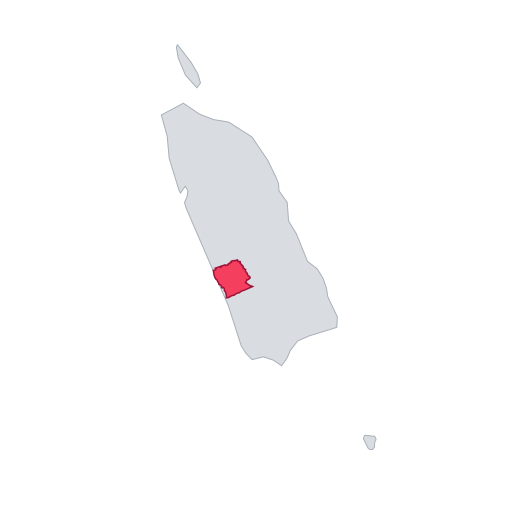 Arecibo, Puerto Rico (highlighted), rotated 245°
{"feature_id": "32010507B88013752264410", "entity_name": "Arecibo", "entity_type": "district", "adm_level": 2, "iso_a3": "PRI", "parent_name": "Puerto Rico", "parent_adm1": "", "projection": "mercator", "projection_center": [-66.671, 18.404], "detail": "fine", "context": "in_parent", "style": "filled", "palette": "rose", "viewbox_px": 512, "rotation_deg": 245, "n_neighbors": 0, "source": "geoboundaries", "source_scale": "gbopen_adm2", "svg_char_len": 3720}
<svg xmlns="http://www.w3.org/2000/svg" viewBox="0 0 512 512"><g transform="rotate(245 256 256)"><path d="M338.7,218.4L344.0,221.9L349.1,221.4L345.0,214.1L348.7,214.1L381.3,218.6L402.3,226.2L423.8,229.8L425.2,254.7L408.6,264.6L397.7,275.0L388.9,287.8L365.7,302.6L337.7,307.1L319.1,307.4L312.1,307.0L305.3,304.4L291.3,306.9L273.9,300.3L259.0,302.0L229.4,300.4L218.3,306.1L207.7,307.3L197.3,306.3L188.5,303.8L166.5,304.0L157.2,299.1L161.1,270.7L161.4,257.9L156.0,247.3L150.1,240.7L145.8,232.8L154.4,227.6L161.5,220.0L163.7,208.7L171.5,205.9L180.6,204.6L222.5,209.9L328.7,212.9L334.7,213.8L338.7,218.4ZM458.4,279.1L445.0,280.2L436.3,278.8L433.4,273.5L449.6,268.5L468.5,269.2L479.2,272.2L480.6,274.2L458.4,279.1ZM42.4,287.3L40.8,287.5L39.2,287.3L38.5,286.8L37.4,285.2L32.6,282.5L31.4,280.0L32.5,277.4L34.5,276.4L44.3,276.1L45.3,276.4L47.3,278.2L47.4,279.4L46.4,280.7L44.7,283.8L43.9,284.6L43.4,285.4L43.1,286.8L42.4,287.3Z" fill="#d9dde1" stroke="#a8b0b8" stroke-width="1"/><path d="M260.3,237.5L260.3,237.2L260.1,237.1L260.4,236.9L260.5,236.4L260.4,236.2L260.6,236.0L260.5,235.6L260.6,235.2L260.9,234.8L260.7,234.3L261.2,233.8L261.4,233.4L261.6,233.0L261.6,232.8L261.7,231.7L261.7,231.1L261.2,231.1L260.7,231.1L260.6,230.8L260.6,230.4L260.7,229.9L260.8,229.3L260.6,228.9L260.7,228.4L260.4,228.3L260.2,227.9L260.4,227.6L260.3,227.0L260.0,226.8L259.8,226.6L260.2,224.6L260.3,224.5L260.8,224.6L261.0,224.0L261.1,223.7L261.2,222.9L261.5,220.7L261.6,219.7L261.4,219.5L261.0,219.7L260.8,219.7L260.8,219.1L261.2,219.0L261.6,219.0L262.0,215.8L262.0,215.1L262.1,214.3L261.8,214.6L261.3,214.4L261.0,214.1L260.6,213.3L260.9,211.4L261.0,211.2L260.3,211.1L258.9,210.6L257.9,210.3L256.9,210.1L256.6,210.0L255.4,209.8L255.2,209.8L254.2,209.7L253.9,209.7L253.0,209.7L252.8,209.8L251.7,209.9L251.0,210.5L250.5,210.5L249.5,210.5L248.3,210.6L247.0,210.7L246.1,210.4L245.8,210.6L245.2,211.2L245.0,211.3L244.8,211.5L244.1,211.9L243.1,211.9L242.2,211.6L241.8,211.5L241.3,212.0L241.3,212.4L241.4,213.0L240.7,213.4L240.0,213.4L239.9,213.4L239.6,213.4L239.1,213.2L238.5,212.9L238.3,212.9L237.9,212.7L237.2,212.9L236.6,213.1L235.5,213.1L235.4,213.1L234.3,212.8L233.6,212.7L232.8,212.4L232.3,212.2L231.1,211.7L230.7,211.4L230.2,212.4L230.2,212.7L230.0,213.3L230.1,213.7L230.0,213.8L230.0,214.1L230.1,214.7L230.1,215.4L230.3,215.4L230.2,217.2L230.1,218.1L230.1,218.6L229.7,220.0L229.8,220.4L230.0,220.6L230.2,221.6L230.2,222.1L230.2,222.7L230.2,223.6L229.9,224.7L229.8,225.0L229.8,225.5L230.2,227.4L230.3,227.9L230.3,228.3L230.0,231.1L230.0,231.3L229.9,233.9L229.9,234.4L229.8,239.9L230.0,239.7L230.2,239.3L230.5,239.4L230.5,239.0L230.6,238.6L231.1,238.6L231.2,238.3L231.3,238.3L231.7,238.1L232.0,237.8L232.2,237.7L232.5,237.7L232.8,237.3L233.9,236.8L234.3,236.6L234.7,236.4L235.0,236.2L235.2,235.7L235.6,235.5L235.9,235.8L236.4,235.7L236.5,235.5L237.7,237.2L238.3,237.6L238.4,237.8L238.3,238.1L237.9,238.4L237.9,238.7L238.0,239.0L238.2,239.5L238.1,239.8L238.1,240.1L238.3,240.2L238.4,240.9L238.7,241.2L238.8,241.5L239.0,241.6L239.8,241.6L240.2,241.4L240.6,241.3L240.9,240.9L241.2,240.7L242.0,240.6L242.4,240.4L243.1,240.5L243.4,240.5L243.6,240.7L243.8,240.8L244.2,240.6L244.6,240.6L244.9,240.4L245.3,240.5L246.0,240.1L246.5,240.0L246.9,240.2L247.3,240.3L247.8,240.4L248.1,240.8L248.2,240.7L248.9,240.4L249.2,240.3L249.5,240.0L249.6,239.5L249.8,239.3L250.2,239.3L250.4,239.6L251.0,239.8L251.4,239.7L251.5,239.6L252.1,240.0L252.5,239.8L252.8,239.8L253.2,239.6L253.3,239.3L253.8,239.4L254.6,239.3L255.1,238.9L255.5,238.7L255.9,238.7L256.1,238.5L256.6,238.7L256.7,239.0L257.1,239.2L257.5,239.3L257.6,238.7L258.0,238.7L258.5,238.2L258.7,237.7L258.7,237.3L259.0,237.4L259.5,237.5L260.3,237.5Z" fill="#f43f5e" stroke="#9f1239" stroke-width="1.5"/></g></svg>